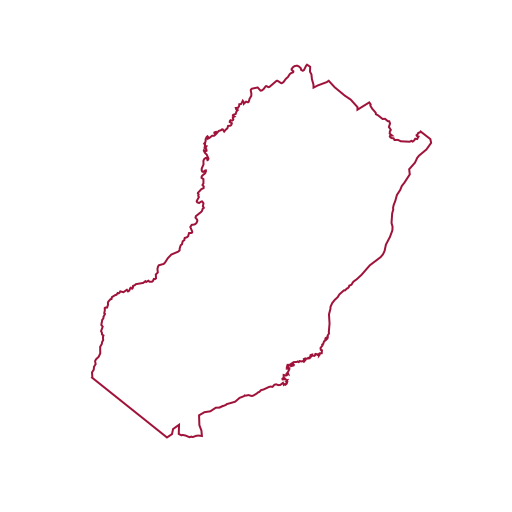 Kibombo, Maniema, Democratic Republic of the Congo (Equal Earth projection), rotated 37°
{"feature_id": "63176286B11141066261470", "entity_name": "Kibombo", "entity_type": "district", "adm_level": 2, "iso_a3": "COD", "parent_name": "Democratic Republic of the Congo", "parent_adm1": "Maniema", "projection": "equal_earth", "projection_center": [25.538, -4.082], "detail": "fine", "context": "isolated", "style": "outline", "palette": "rose", "viewbox_px": 512, "rotation_deg": 37, "n_neighbors": 0, "source": "geoboundaries", "source_scale": "gbopen_adm2", "svg_char_len": 6084}
<svg xmlns="http://www.w3.org/2000/svg" viewBox="0 0 512 512"><g transform="rotate(37 256 256)"><path d="M181.6,72.5L181.5,73.9L182.4,78.5L181.9,79.9L180.1,80.2L178.8,79.1L176.2,78.8L174.2,79.3L172.5,81.2L171.9,82.9L171.9,85.3L172.5,85.9L174.7,86.0L175.1,86.9L173.8,89.2L173.5,90.5L173.8,93.6L173.2,96.8L173.3,100.6L172.7,102.3L172.2,102.8L167.7,103.1L167.0,103.7L165.0,112.8L164.3,113.7L162.1,114.0L161.6,114.6L161.6,118.1L161.1,120.2L160.1,121.2L155.9,120.4L152.0,124.9L151.8,126.3L152.2,127.0L154.4,128.9L155.9,131.0L156.2,134.2L157.4,137.2L157.1,138.1L155.2,138.7L154.7,141.5L154.2,140.8L152.0,140.0L152.7,143.4L151.3,144.9L152.2,146.2L152.5,148.4L150.8,149.9L151.9,150.7L153.6,150.5L153.4,152.3L154.3,154.8L152.8,157.0L153.1,157.9L154.8,157.7L154.2,158.8L154.3,159.7L155.6,160.4L155.8,161.4L155.5,162.2L153.9,162.9L153.9,163.9L154.4,164.8L156.8,164.5L157.4,166.2L157.1,167.4L155.4,168.9L156.3,171.3L155.8,173.2L155.7,175.8L153.2,174.9L152.7,175.2L152.3,176.7L151.0,178.5L150.8,181.5L149.4,180.9L148.4,182.3L148.6,182.8L150.3,183.1L150.6,183.5L150.1,185.3L148.6,186.3L147.7,189.9L147.0,191.2L146.2,189.8L145.2,189.6L145.0,190.9L145.5,193.1L146.9,195.0L147.0,197.4L147.9,197.1L149.0,199.0L150.4,198.2L150.5,199.0L150.0,200.6L151.9,200.5L153.2,201.7L152.9,202.4L150.8,202.8L150.9,203.3L153.3,204.4L155.6,204.7L159.4,206.8L159.8,207.9L159.5,208.6L158.1,207.6L157.4,207.5L156.7,208.1L156.3,210.1L156.7,211.6L159.0,214.5L160.0,218.8L161.1,220.3L162.1,220.9L163.2,220.7L163.9,218.4L164.4,217.8L164.9,218.2L165.6,220.5L164.7,224.2L164.8,225.3L165.5,226.4L167.7,226.2L170.3,229.6L170.5,231.5L172.4,231.9L173.3,233.4L172.2,235.3L171.6,240.3L171.9,241.0L173.1,241.3L173.6,242.7L174.9,243.3L175.6,247.9L176.6,248.5L178.6,248.0L179.6,245.3L180.2,244.8L182.3,245.5L183.7,248.3L185.1,248.7L185.4,249.3L185.0,250.4L185.7,252.4L185.7,253.7L184.0,260.3L184.6,261.8L187.1,262.4L188.0,263.2L188.6,265.5L188.3,267.0L187.6,268.2L185.9,269.8L186.1,272.4L190.4,274.9L190.9,275.7L190.4,276.6L188.7,278.0L189.9,281.1L189.5,282.7L188.2,284.5L189.2,286.5L188.6,288.3L189.8,291.2L189.4,292.8L190.5,295.9L191.6,297.5L191.2,299.4L187.5,305.8L186.9,310.9L187.3,316.2L187.0,318.0L184.0,321.8L184.1,323.4L185.0,325.5L187.5,328.3L187.1,331.0L189.6,334.1L189.2,335.3L188.2,335.8L188.7,338.0L188.4,339.2L186.4,340.7L184.9,340.5L183.9,342.9L182.8,342.7L182.1,345.4L177.0,350.8L176.7,352.5L175.8,353.8L176.8,355.5L176.7,356.7L175.1,356.6L174.9,357.3L175.6,359.9L175.1,361.3L173.2,360.7L171.9,364.7L168.9,365.9L169.1,367.5L168.8,368.5L167.8,368.8L167.9,371.0L167.2,371.7L165.7,375.5L166.5,377.4L165.8,378.0L165.5,381.3L165.8,382.4L167.1,383.9L168.1,386.8L166.7,387.9L166.5,388.6L168.0,390.4L169.2,393.0L170.3,393.2L170.7,396.1L171.7,397.8L171.6,399.4L173.9,404.1L176.1,404.7L177.5,409.3L179.0,409.9L180.2,411.3L182.0,411.3L182.5,412.8L184.6,415.2L184.8,417.1L185.8,419.1L186.2,422.3L190.2,427.5L191.0,431.1L190.4,434.8L190.7,436.7L193.0,438.9L193.3,442.0L194.8,444.4L195.1,447.7L198.2,451.2L198.2,451.8L294.1,454.5L296.1,448.8L293.9,444.1L296.1,437.1L301.4,444.6L304.3,444.1L305.2,443.0L307.8,441.8L312.0,440.7L313.0,439.2L314.0,439.0L314.9,438.0L316.3,435.8L318.0,434.1L321.1,432.3L317.5,428.3L312.6,425.2L306.4,417.5L308.8,411.8L313.0,407.5L315.2,401.3L318.3,398.9L318.4,397.9L319.3,397.1L319.4,396.0L320.1,395.5L321.6,393.0L321.7,392.0L327.0,385.0L328.3,379.1L330.7,375.3L330.9,374.1L331.8,373.8L333.7,371.6L337.0,370.3L338.0,368.8L339.4,365.3L339.8,363.4L340.5,362.5L340.7,360.2L342.4,358.0L345.1,352.9L346.2,351.5L347.9,350.6L348.2,347.7L349.4,346.3L351.4,345.8L353.0,344.4L353.9,341.1L355.8,342.2L356.2,340.8L357.0,341.0L357.3,339.8L357.1,338.6L356.6,338.6L356.4,337.5L356.0,337.6L356.2,337.2L355.5,336.9L355.5,336.5L355.2,336.8L352.5,336.4L351.9,337.6L352.3,337.9L351.5,338.6L351.0,338.2L351.3,336.5L349.7,334.4L351.9,333.5L352.5,332.1L351.3,331.8L351.3,330.6L352.4,330.6L351.3,329.9L351.1,327.7L350.3,326.4L350.6,326.1L350.3,325.7L350.0,326.0L350.2,325.3L349.6,326.0L349.2,325.6L349.3,326.6L348.4,326.8L348.5,325.9L348.0,326.1L347.9,325.1L347.4,324.7L347.2,325.2L346.7,324.0L348.3,322.8L348.9,321.1L349.3,322.6L350.2,322.9L351.9,320.8L351.8,320.2L351.1,320.1L350.3,321.3L349.9,318.2L352.4,316.0L352.8,315.1L354.0,315.0L354.1,313.6L355.7,312.9L356.6,311.8L357.9,311.7L358.0,310.0L357.0,310.4L356.2,309.5L356.8,308.4L357.5,308.9L358.2,307.5L358.8,307.0L359.1,307.3L358.7,306.7L359.0,305.9L359.9,305.2L360.0,305.8L360.3,305.5L360.0,304.7L360.4,304.6L360.5,303.4L359.6,303.0L359.2,302.4L359.4,301.9L359.8,301.4L360.0,302.7L360.5,302.8L361.3,301.2L362.7,300.7L362.9,299.9L362.4,298.5L362.8,298.1L364.7,298.0L365.2,297.4L365.0,297.1L365.7,296.9L366.2,297.6L366.2,296.5L365.6,295.9L365.3,296.1L365.3,295.5L367.0,294.1L365.4,291.6L364.3,292.0L362.9,290.7L362.9,287.3L362.2,286.8L362.6,285.7L361.7,283.4L362.1,281.9L361.0,279.9L361.3,278.9L361.7,279.0L362.5,280.1L362.7,278.9L362.2,277.6L361.1,276.4L360.9,273.8L359.9,272.9L355.4,265.7L349.4,258.7L347.2,253.3L346.1,251.8L345.2,247.7L345.3,243.7L346.0,239.7L345.7,236.5L346.7,231.4L347.0,230.4L347.8,229.9L348.1,227.4L348.7,226.6L348.8,224.6L348.3,223.5L349.5,221.6L349.2,218.0L350.5,213.7L351.6,207.5L352.5,194.9L356.2,181.9L356.4,178.2L355.6,174.5L352.9,168.7L351.5,160.2L349.5,153.5L347.5,150.5L344.3,148.0L339.1,140.0L337.6,136.2L336.5,135.1L335.3,132.5L334.0,128.0L331.8,122.4L331.4,116.3L330.3,112.4L330.4,108.4L329.7,98.3L326.1,94.5L326.8,85.8L325.7,80.6L325.8,77.7L328.0,68.4L327.8,60.3L324.9,57.7L312.5,57.5L312.5,58.7L311.5,60.0L311.8,61.6L311.5,62.9L312.3,63.3L313.9,62.8L314.3,65.6L312.6,66.5L312.8,68.4L312.2,70.4L310.9,70.4L309.9,72.3L302.5,77.3L299.6,77.8L296.8,80.0L295.0,79.2L293.6,80.1L292.0,80.4L290.9,80.0L290.7,79.1L292.1,77.9L289.1,77.8L287.8,75.7L288.0,74.9L287.7,74.1L284.5,73.0L283.3,69.5L281.3,68.2L280.1,69.0L276.5,68.8L274.6,70.4L268.9,70.2L266.4,70.6L265.3,69.5L260.0,68.4L257.1,67.2L256.4,66.6L256.3,65.9L254.0,65.2L249.0,78.1L247.4,76.0L237.5,74.1L230.5,74.5L217.3,73.9L208.6,72.3L207.9,74.5L202.7,82.6L200.6,86.9L198.6,84.4L194.2,81.1L191.1,77.7L188.2,76.3L185.4,72.3L181.6,72.5Z" fill="none" stroke="#9f1239" stroke-width="2"/></g></svg>